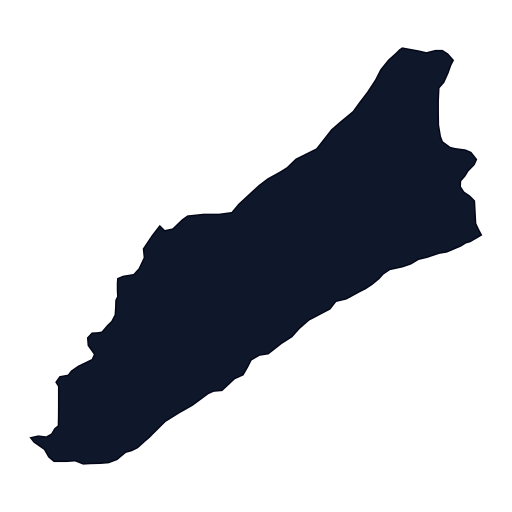 Qusar District, Qusar, Azerbaijan (Mercator projection)
{"feature_id": "54616110B21517829058101", "entity_name": "Qusar District", "entity_type": "district", "adm_level": 2, "iso_a3": "AZE", "parent_name": "Azerbaijan", "parent_adm1": "Qusar", "projection": "mercator", "projection_center": [48.257, 41.46], "detail": "fine", "context": "isolated", "style": "filled", "palette": "ink", "viewbox_px": 512, "rotation_deg": 0, "n_neighbors": 0, "source": "geoboundaries", "source_scale": "gbopen_adm2", "svg_char_len": 1883}
<svg xmlns="http://www.w3.org/2000/svg" viewBox="0 0 512 512"><path d="M402.3,48.1L399.7,49.9L396.0,53.6L388.8,60.0L380.9,69.8L375.7,80.0L367.8,92.1L359.5,103.0L353.2,111.7L340.8,121.9L331.7,129.8L316.7,149.0L296.1,159.2L287.2,167.8L280.7,171.9L268.0,178.9L259.3,185.5L250.9,193.2L238.9,204.3L231.9,212.7L219.2,214.4L204.0,214.4L187.7,216.1L182.6,219.7L172.8,229.1L164.6,230.8L159.8,226.0L152.4,235.6L143.5,248.9L144.4,257.8L139.2,268.8L133.8,274.7L123.2,276.4L117.8,278.7L117.5,283.5L117.5,290.6L117.8,296.7L116.0,300.3L115.8,306.5L115.3,314.9L111.8,321.6L107.8,325.4L102.0,332.2L97.8,332.9L92.1,333.2L87.7,337.9L88.3,345.4L94.6,354.3L92.3,359.6L78.6,366.2L71.5,371.1L68.3,375.3L59.9,376.8L56.1,382.2L58.7,386.3L58.7,397.5L58.7,405.9L58.6,417.0L58.4,425.9L54.9,428.7L51.7,434.1L46.3,437.1L38.3,436.1L30.7,437.8L31.6,438.9L34.1,442.1L44.5,449.3L48.8,456.9L54.0,461.3L66.7,461.3L75.2,460.7L83.2,463.9L90.4,463.5L94.7,463.4L100.9,463.2L108.5,462.6L117.0,459.4L125.6,452.2L131.5,450.6L137.5,447.6L144.6,441.2L149.1,437.4L152.8,433.6L165.1,421.4L178.5,413.0L192.4,405.1L208.1,393.5L213.5,391.1L221.9,390.4L234.4,378.7L243.0,374.8L247.6,366.8L251.0,360.0L259.3,355.1L268.2,353.7L281.3,343.4L291.9,336.6L299.1,328.5L308.8,320.0L329.9,308.9L335.8,301.3L346.0,298.9L351.1,296.2L358.9,291.9L365.5,288.6L372.1,284.2L379.0,278.5L383.0,274.0L389.6,269.5L402.5,266.7L410.9,263.8L418.3,259.3L427.1,257.2L438.9,253.2L446.7,251.9L460.8,245.9L465.7,242.8L470.0,241.6L481.3,235.0L478.3,229.3L475.6,223.5L474.4,201.0L469.7,196.2L463.7,192.1L460.2,186.7L460.5,180.9L464.8,176.0L467.9,170.9L474.0,164.7L476.4,159.5L470.9,152.5L465.3,150.1L454.9,148.7L450.0,147.5L442.3,141.8L440.3,136.5L438.4,125.1L438.2,112.5L438.2,101.1L438.8,87.9L443.7,82.3L447.9,73.0L450.7,65.1L453.2,60.3L447.6,54.0L442.3,50.6L435.5,50.6L426.4,52.9L419.2,51.2L402.3,48.1Z" fill="#0f172a" stroke="#020617" stroke-width="1.5"/></svg>